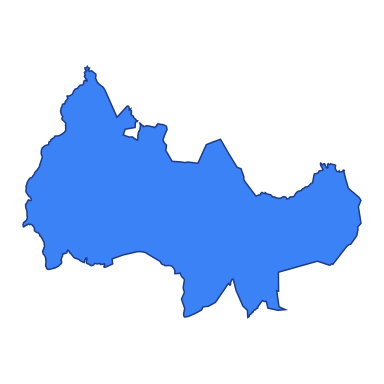 Tetipac, Guerrero, Mexico
{"feature_id": "50627088B33234056869880", "entity_name": "Tetipac", "entity_type": "district", "adm_level": 2, "iso_a3": "MEX", "parent_name": "Mexico", "parent_adm1": "Guerrero", "projection": "natural_earth1", "projection_center": [-99.695, 18.659], "detail": "fine", "context": "isolated", "style": "filled", "palette": "blue", "viewbox_px": 384, "rotation_deg": 0, "n_neighbors": 0, "source": "geoboundaries", "source_scale": "gbopen_adm2", "svg_char_len": 5854}
<svg xmlns="http://www.w3.org/2000/svg" viewBox="0 0 384 384"><path d="M23.6,222.6L23.4,223.5L23.0,224.3L23.1,224.9L23.2,226.4L23.7,226.9L25.3,225.7L26.9,225.1L27.3,224.5L28.6,224.1L29.7,224.6L30.0,224.3L30.3,224.5L30.9,224.3L31.7,224.8L32.1,224.9L34.0,227.2L34.3,228.0L34.5,230.7L35.5,231.7L37.1,232.6L38.1,232.7L39.5,234.0L39.8,234.9L39.8,235.8L41.3,237.1L44.2,242.6L44.2,244.1L44.6,246.1L42.7,251.2L42.9,252.4L43.2,254.0L44.3,255.1L45.3,256.8L45.6,258.1L46.0,261.9L45.6,265.5L45.7,266.4L46.5,267.0L46.5,268.1L46.7,268.6L48.1,269.4L49.1,269.4L55.0,268.0L58.5,266.1L61.5,263.3L61.6,261.2L60.9,260.0L61.2,259.5L61.8,257.3L62.4,256.4L62.9,253.7L64.2,253.8L64.5,253.7L65.0,253.1L65.8,253.3L66.5,253.0L66.9,252.6L67.5,250.4L67.7,250.1L68.6,250.6L69.7,252.7L70.1,253.2L70.6,253.3L73.8,257.4L75.0,258.1L78.8,259.4L80.4,260.8L83.1,262.2L84.4,262.5L84.7,259.9L85.6,259.2L85.8,258.4L86.1,258.0L86.7,257.9L86.9,259.0L86.4,261.6L86.6,263.1L87.2,263.6L88.9,264.2L90.7,265.4L91.8,265.7L93.6,264.9L94.7,263.4L97.4,264.0L99.5,263.3L99.8,263.4L100.3,264.3L100.8,264.6L102.1,264.1L103.1,264.3L104.1,263.7L104.7,264.0L104.9,264.6L103.9,266.5L104.2,267.3L105.6,267.1L112.7,263.9L112.1,259.0L114.6,258.0L123.0,255.0L137.3,251.7L140.7,251.6L145.1,252.4L160.1,261.4L161.3,263.6L162.6,264.6L163.7,264.6L165.1,265.7L169.1,265.5L171.8,266.0L174.0,268.6L174.6,269.9L174.9,271.5L174.8,273.6L178.0,273.6L180.0,273.0L181.7,276.7L183.8,278.6L184.4,280.1L183.2,287.1L183.4,289.5L184.3,291.5L184.3,292.7L181.5,299.1L184.7,308.4L183.8,312.8L183.6,314.6L184.1,316.6L184.8,317.1L188.5,316.4L195.5,313.3L201.5,310.0L202.6,308.0L202.4,307.7L203.2,306.8L208.3,306.3L215.4,302.4L228.4,283.5L230.0,285.2L230.5,284.7L230.7,282.1L232.1,279.2L233.3,279.4L236.1,290.6L239.3,297.8L242.8,305.9L247.4,310.3L247.8,317.4L249.1,316.6L249.6,314.9L251.6,313.6L252.2,312.2L253.0,312.1L253.5,310.8L253.9,310.5L254.1,310.0L255.5,309.7L256.6,308.4L257.7,308.0L257.7,307.5L258.2,306.6L258.4,305.7L260.5,303.2L261.0,302.2L261.7,301.6L262.2,300.6L264.6,301.6L265.2,301.2L266.3,301.5L267.9,308.1L278.0,310.3L285.3,309.6L279.0,306.8L276.7,290.7L278.6,291.1L278.4,272.2L317.4,261.2L329.4,265.2L330.3,265.0L331.5,263.8L332.8,264.4L346.7,246.4L348.8,244.8L350.8,244.2L356.8,235.6L358.0,229.1L357.8,226.8L361.0,223.4L358.4,206.8L360.9,200.4L359.0,197.4L348.3,188.3L347.3,184.4L345.8,179.5L343.9,171.7L344.3,170.5L343.8,170.1L343.2,170.2L342.4,171.5L340.7,172.0L339.8,172.1L339.2,170.9L338.0,171.8L337.4,171.7L336.3,170.6L335.1,168.1L335.6,165.3L335.2,165.1L330.4,163.8L329.3,164.6L328.7,164.5L328.2,163.8L327.5,164.5L327.9,167.6L327.2,168.1L326.5,167.4L325.2,165.7L324.9,164.0L324.0,163.7L322.5,164.7L320.7,163.1L320.4,163.8L320.8,165.6L322.2,168.2L323.1,169.5L322.4,170.5L320.8,170.6L319.3,170.9L318.7,171.7L318.0,173.1L314.4,173.9L313.8,175.9L312.8,181.7L312.5,182.9L311.1,183.4L308.9,185.8L307.5,186.8L305.7,186.9L304.5,187.6L303.9,188.5L302.4,188.9L301.1,190.6L298.3,191.3L296.8,192.2L295.3,194.1L294.0,196.4L292.9,196.8L290.8,196.8L289.9,197.1L288.9,198.3L287.7,199.0L287.2,199.1L286.0,197.4L284.5,196.7L283.3,196.6L280.9,198.1L279.1,198.3L276.7,198.0L274.8,197.0L272.3,196.9L271.9,195.9L270.7,194.8L266.9,193.9L265.2,192.6L264.8,193.6L264.6,193.6L263.8,193.5L262.0,192.4L261.2,193.0L260.7,193.7L260.7,194.5L260.2,194.9L259.1,194.9L255.9,196.1L244.8,181.4L243.7,179.2L243.9,176.8L241.0,168.7L237.2,167.4L228.4,153.1L220.5,139.3L212.9,142.0L206.3,144.7L197.9,163.3L187.9,162.0L185.0,162.6L180.2,161.9L172.1,161.3L165.6,150.1L166.3,148.0L166.2,147.3L166.5,145.2L164.1,142.6L163.0,139.8L164.7,134.8L167.0,129.7L166.9,128.5L166.4,126.3L164.1,125.0L162.7,124.6L158.8,124.0L158.0,123.7L157.6,124.1L157.2,125.0L156.7,125.1L156.4,126.0L154.6,127.5L154.4,127.2L151.2,126.6L150.1,126.2L146.9,125.7L145.2,126.3L143.3,126.5L143.4,126.1L142.9,125.6L141.4,124.7L140.0,123.1L139.8,123.1L140.2,124.2L140.2,124.7L140.5,125.0L140.5,126.4L140.1,127.0L140.2,127.6L139.9,128.3L140.1,128.7L139.8,129.9L138.8,131.4L138.1,133.8L138.3,134.3L137.8,135.3L137.9,138.2L137.5,140.2L134.6,138.6L132.4,136.9L129.2,137.1L123.3,135.0L125.2,129.2L135.1,127.5L135.4,122.0L137.1,121.7L137.6,120.8L136.8,120.7L136.1,120.2L135.7,119.2L134.7,118.6L133.6,117.5L133.4,116.2L131.0,114.7L131.3,113.5L131.1,113.5L131.5,111.9L131.4,111.5L131.5,111.0L130.5,109.8L130.7,108.9L129.3,109.9L129.3,108.7L128.9,106.9L128.7,106.5L128.0,106.0L127.0,106.3L117.0,117.3L105.3,90.8L103.2,87.3L99.0,84.1L98.2,83.0L97.4,82.6L95.5,77.9L95.9,76.3L95.9,74.2L91.9,71.0L91.3,70.9L89.7,71.1L89.4,71.4L88.6,70.3L87.9,70.0L89.2,69.1L89.5,68.2L88.6,68.2L88.3,67.6L87.6,67.1L87.4,66.6L87.2,67.0L86.6,67.5L84.9,67.9L85.0,69.0L86.3,70.9L86.0,71.6L84.7,72.0L84.4,72.4L85.2,75.3L84.6,75.6L84.4,76.5L84.6,77.0L86.8,79.8L87.2,80.5L87.1,81.0L86.3,81.1L85.8,80.8L85.7,80.4L85.3,80.3L84.7,80.4L84.2,80.7L83.5,82.9L83.5,84.1L82.9,84.9L80.4,85.2L78.7,86.5L77.5,88.4L75.2,89.1L74.0,90.5L73.3,91.9L72.7,93.9L72.0,94.5L69.7,95.8L68.4,96.1L67.4,95.9L67.0,96.1L67.8,98.4L65.4,101.5L64.6,104.0L63.5,103.9L62.6,104.3L62.2,105.3L62.1,106.3L61.1,108.2L60.6,111.1L60.9,112.9L61.9,115.4L62.5,116.1L62.7,116.9L62.1,117.8L62.0,118.8L62.1,119.5L64.6,121.8L65.8,123.4L65.8,124.2L65.4,125.2L65.7,126.2L65.7,130.4L64.3,132.4L61.5,134.4L58.9,135.8L55.0,136.1L54.6,136.3L54.6,136.9L54.2,137.6L51.5,139.2L50.8,139.9L50.6,141.2L49.4,141.6L48.8,142.4L48.8,143.7L48.6,144.6L45.6,145.4L44.2,146.2L42.0,148.2L41.2,151.4L41.2,153.5L41.4,154.7L42.1,155.8L42.2,157.0L42.0,158.1L39.9,164.4L39.4,166.8L36.6,170.6L35.1,172.2L34.6,172.9L34.4,174.1L33.0,175.7L32.0,177.5L29.9,178.2L29.5,178.6L27.6,181.6L27.1,182.6L26.7,184.4L26.0,186.3L26.2,188.0L25.9,191.5L26.3,192.5L29.1,196.6L29.8,196.6L30.9,198.4L31.3,199.5L31.3,200.2L31.2,200.5L29.9,200.6L28.7,199.8L27.8,200.7L26.3,204.0L25.6,204.3L25.7,207.1L27.0,211.5L27.0,215.5L27.3,217.4L27.3,218.2L26.3,220.4L23.6,222.6Z" fill="#3b82f6" stroke="#1e3a8a" stroke-width="1.5"/></svg>